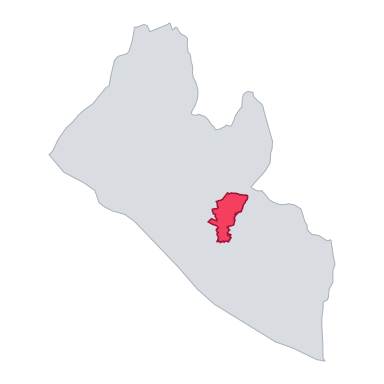 Gbi & Doru, Nimba, Liberia shown in context
{"feature_id": "62588387B4230579459991", "entity_name": "Gbi & Doru", "entity_type": "district", "adm_level": 2, "iso_a3": "LBR", "parent_name": "Liberia", "parent_adm1": "Nimba", "projection": "natural_earth1", "projection_center": [-8.931, 6.127], "detail": "fine", "context": "in_parent", "style": "filled", "palette": "rose", "viewbox_px": 384, "rotation_deg": 0, "n_neighbors": 0, "source": "geoboundaries", "source_scale": "gbopen_adm2", "svg_char_len": 5691}
<svg xmlns="http://www.w3.org/2000/svg" viewBox="0 0 384 384"><path d="M49.0,154.7L52.7,151.1L58.2,139.5L65.8,128.4L72.8,121.8L78.5,115.0L84.4,109.8L92.9,103.7L105.9,87.7L109.0,85.9L111.1,74.8L114.3,60.7L118.1,56.3L126.9,53.7L129.0,51.3L132.1,41.4L134.2,29.8L134.3,27.3L137.8,27.0L143.8,24.5L147.2,25.6L148.8,28.9L149.6,31.7L167.6,24.5L169.2,23.0L170.1,23.3L172.4,29.8L173.7,29.4L174.8,27.5L176.0,27.3L177.4,28.2L178.8,31.2L181.1,34.0L185.0,35.9L187.5,38.5L187.2,45.5L188.2,52.2L189.9,53.8L190.8,57.8L191.2,62.3L192.2,64.6L192.8,69.0L192.5,73.8L193.2,77.2L196.1,83.0L197.9,90.4L197.9,95.6L196.8,101.0L194.9,106.0L191.6,111.5L191.3,113.6L193.3,115.0L196.3,115.3L198.8,114.2L205.2,116.7L208.6,120.3L211.5,124.7L214.2,127.0L215.4,129.8L219.9,129.0L225.2,126.3L226.2,125.0L227.8,125.7L231.2,126.0L233.6,121.1L235.5,115.5L239.6,109.5L241.6,107.2L242.1,103.3L242.3,98.3L243.8,94.0L247.2,91.6L250.8,91.7L252.8,92.5L253.8,96.7L256.8,99.9L259.3,102.1L260.6,103.0L262.7,105.5L264.7,113.9L272.5,141.2L272.1,148.7L270.5,153.6L270.5,158.5L270.0,163.2L265.2,171.0L251.1,186.9L252.2,188.3L255.6,190.1L259.0,191.1L261.8,190.6L265.3,194.6L269.1,199.6L273.2,202.2L278.9,204.4L284.0,204.7L288.3,203.8L294.4,204.8L300.9,209.0L303.2,215.8L304.8,221.7L307.0,224.8L307.3,229.9L311.9,234.4L318.5,235.4L327.0,240.7L329.2,240.4L330.1,239.7L331.1,240.7L333.3,256.1L335.0,264.2L334.1,267.5L332.9,270.0L332.9,282.4L329.0,289.5L328.4,297.3L327.3,299.9L323.2,302.1L323.2,308.1L322.1,315.3L321.7,323.0L322.8,343.1L323.0,358.1L324.9,361.0L316.9,359.7L293.3,348.3L275.1,341.7L214.3,304.2L197.4,289.2L178.0,266.8L134.7,221.6L124.8,214.4L112.4,210.9L104.7,207.0L99.2,202.9L94.8,190.4L84.0,182.9L64.0,172.4L49.0,154.7Z" fill="#d9dde1" stroke="#a8b0b8" stroke-width="1"/><path d="M247.5,195.6L246.9,195.4L246.2,195.5L245.9,195.0L245.3,195.2L244.9,195.5L244.6,195.2L243.5,195.0L242.9,195.1L242.3,195.0L241.8,194.6L241.4,195.0L241.2,194.9L240.7,194.7L239.6,194.8L239.0,194.2L238.2,193.9L237.9,193.8L237.0,194.0L236.4,193.4L235.9,193.2L234.5,193.4L233.1,193.2L232.3,193.3L231.8,193.0L231.5,192.9L229.7,193.7L229.0,194.0L228.5,193.7L228.3,193.2L227.4,192.9L226.7,194.0L226.4,194.4L225.4,195.7L225.1,196.0L223.4,198.2L223.0,198.9L222.2,199.5L221.6,199.7L221.3,200.1L218.7,200.7L218.6,200.8L216.3,201.5L216.5,201.8L217.2,203.5L217.3,204.7L217.4,205.8L217.4,206.5L218.0,206.7L218.1,206.8L218.3,207.6L216.8,208.6L216.3,208.9L216.2,208.9L215.0,208.7L214.4,208.7L214.2,208.9L214.1,209.0L212.4,209.2L212.4,209.6L212.3,210.4L212.4,210.5L212.4,211.1L212.6,211.6L212.9,211.8L213.0,211.9L213.1,212.5L213.2,212.8L213.3,213.8L213.9,214.0L214.8,214.2L215.6,214.3L215.4,214.7L215.1,216.1L215.1,216.4L215.1,216.5L215.3,216.7L215.7,217.2L215.8,217.4L216.3,218.4L216.7,218.8L216.8,219.0L216.8,219.9L216.9,220.1L217.0,220.5L216.9,220.8L213.8,219.7L212.9,219.4L211.5,218.7L211.4,218.7L210.7,219.4L209.6,220.5L208.2,221.9L208.6,222.1L209.0,222.3L212.1,224.1L212.3,224.2L216.9,225.9L217.0,225.9L217.7,226.9L218.3,227.8L217.8,228.4L217.3,228.6L217.3,228.8L216.9,228.8L216.6,229.1L216.3,229.8L216.3,230.5L216.9,231.1L217.0,231.3L217.3,232.0L217.5,232.2L218.1,232.4L218.2,232.5L218.1,232.9L217.9,233.0L217.5,233.1L217.3,233.2L217.2,233.2L217.1,233.6L217.0,234.3L217.4,235.6L218.0,236.1L218.4,236.7L218.5,237.0L218.5,237.6L217.9,238.8L218.0,239.9L217.6,240.6L216.9,241.2L217.1,241.7L217.6,241.6L218.5,240.5L219.0,241.4L219.1,241.7L219.9,241.6L220.3,242.5L220.7,242.4L222.4,241.6L222.5,241.4L222.6,241.1L223.0,241.0L224.1,242.3L224.8,241.6L225.0,241.3L225.5,241.1L226.1,241.2L227.5,241.3L227.8,241.4L228.1,241.9L228.4,241.8L228.7,241.6L228.8,241.5L228.7,241.2L228.7,240.9L228.8,240.8L229.1,240.7L229.2,240.4L229.2,240.2L229.3,240.0L229.3,239.9L229.4,239.5L229.7,239.6L230.0,239.6L230.0,239.0L229.9,239.0L230.0,238.9L231.1,237.8L231.1,237.6L230.3,237.3L230.1,237.2L230.0,236.2L230.5,235.8L230.8,235.1L230.8,234.8L230.8,234.7L230.6,234.7L230.2,234.9L229.4,234.9L229.2,234.6L229.3,234.5L229.7,234.5L230.0,234.4L229.8,234.1L228.9,234.0L228.7,234.2L228.6,234.3L228.6,234.8L228.4,235.3L228.1,235.6L227.8,235.4L227.7,235.1L227.8,234.7L227.9,234.3L227.9,233.8L227.6,233.7L227.4,233.5L227.2,233.0L227.8,232.4L228.1,232.1L228.3,231.9L228.4,231.7L228.6,231.1L228.7,230.5L228.9,230.1L229.0,229.9L229.4,229.9L229.6,230.0L229.6,229.9L229.6,229.7L229.4,229.5L229.2,229.3L228.6,228.9L228.1,228.3L227.8,227.9L227.8,227.3L227.2,227.3L227.4,226.9L227.6,226.8L227.7,226.7L228.0,226.7L228.2,227.0L228.3,227.1L228.6,226.7L228.5,226.4L228.6,226.2L228.9,226.2L229.5,226.3L230.0,226.1L230.4,226.0L230.7,225.9L230.9,225.8L231.3,225.7L231.7,225.6L231.9,225.6L232.3,225.4L232.6,225.3L233.6,224.9L233.8,224.6L233.9,223.9L234.1,223.1L234.2,222.6L234.4,222.1L234.5,220.3L234.4,220.2L234.5,220.1L234.9,220.0L235.0,220.0L234.6,219.0L234.3,218.6L234.0,218.1L233.9,217.8L234.0,217.8L234.2,217.7L234.3,217.7L234.5,218.2L234.8,217.1L234.9,216.5L234.9,216.2L235.3,215.8L235.6,215.8L235.8,215.5L235.8,215.4L235.5,215.1L235.0,214.9L234.9,214.6L235.3,213.6L235.6,214.2L235.8,214.5L236.0,214.5L236.3,214.4L236.5,214.1L236.9,214.2L237.3,212.8L237.3,212.7L237.5,212.5L238.0,212.1L238.1,212.5L238.4,212.8L238.5,212.8L238.6,212.7L238.9,212.4L239.1,212.3L239.2,212.2L239.5,211.9L240.7,212.0L240.9,211.6L240.9,211.3L241.5,211.2L241.5,210.8L241.6,210.7L241.5,210.3L241.5,210.2L241.4,210.1L241.8,209.5L242.0,209.4L242.4,208.7L242.5,208.5L242.7,208.1L242.6,207.8L242.5,207.2L242.7,206.9L243.0,206.7L243.3,205.0L243.7,204.6L243.9,204.2L244.0,204.1L244.3,203.6L245.1,202.6L245.4,202.0L245.6,200.9L245.7,200.6L245.8,200.4L246.0,200.3L246.3,200.4L246.5,200.3L246.5,200.2L247.1,199.4L247.4,198.7L247.4,198.4L247.6,197.9L247.6,197.3L247.6,196.3L247.5,195.6Z" fill="#f43f5e" stroke="#9f1239" stroke-width="1.5"/></svg>